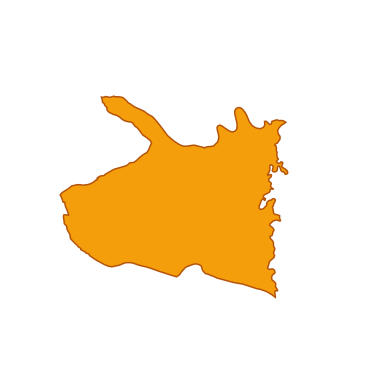 the district of Kenethao, Xaignabouri, Laos, rotated 305°
{"feature_id": "54806243B29120113935386", "entity_name": "Kenethao", "entity_type": "district", "adm_level": 2, "iso_a3": "LAO", "parent_name": "Laos", "parent_adm1": "Xaignabouri", "projection": "orthographic", "projection_center": [101.393, 17.858], "detail": "fine", "context": "isolated", "style": "filled", "palette": "amber", "viewbox_px": 384, "rotation_deg": 305, "n_neighbors": 0, "source": "geoboundaries", "source_scale": "gbopen_adm2", "svg_char_len": 6077}
<svg xmlns="http://www.w3.org/2000/svg" viewBox="0 0 384 384"><g transform="rotate(305 192 192)"><path d="M153.5,320.6L155.3,319.3L157.1,317.4L158.1,317.1L159.1,317.1L159.4,317.3L159.9,318.5L160.1,318.7L160.4,318.7L161.3,317.3L162.2,314.8L162.5,314.5L164.2,313.7L165.3,312.7L165.9,309.7L165.7,308.7L165.8,308.4L166.3,307.4L167.5,306.4L168.7,305.8L169.8,305.5L171.3,305.7L172.7,306.3L173.2,306.3L173.6,306.2L174.8,305.0L175.3,304.1L175.3,302.4L175.0,301.7L173.4,300.3L173.0,299.7L172.9,298.2L173.2,297.4L173.5,297.3L175.2,296.9L179.5,295.4L182.2,295.9L185.0,296.7L187.1,296.3L188.8,293.7L192.5,292.7L193.5,291.9L193.7,291.5L193.8,290.9L195.0,289.3L197.0,288.0L198.1,286.3L198.9,283.2L199.7,281.7L200.3,281.5L200.8,281.5L202.0,282.4L202.5,282.5L203.3,282.3L205.4,281.3L207.5,281.2L207.9,281.0L209.1,278.3L209.1,276.2L209.4,274.6L210.6,274.2L214.5,275.0L216.5,276.4L217.2,276.8L217.6,277.3L218.3,279.7L218.7,280.7L219.1,281.0L219.4,280.8L221.1,278.4L222.8,277.5L222.8,277.0L222.5,275.6L221.1,272.0L221.2,271.5L221.4,271.1L224.3,268.4L225.2,267.1L225.5,266.8L226.2,266.5L227.2,266.6L227.7,266.4L229.3,265.6L230.6,265.7L233.0,265.0L233.4,264.6L233.6,264.1L233.6,263.3L233.4,262.7L232.7,262.1L232.0,261.7L230.8,261.6L229.8,260.4L228.6,259.7L226.9,259.4L226.1,259.5L223.7,260.7L223.0,260.8L221.8,260.3L220.4,260.3L219.2,260.0L217.3,258.4L217.0,257.9L217.0,257.4L217.2,256.7L217.7,256.0L219.2,254.9L221.1,254.8L224.4,253.7L226.7,253.7L227.1,253.9L227.3,254.3L226.7,256.1L227.0,256.5L227.7,256.4L228.6,256.0L228.5,254.3L229.0,253.3L229.5,252.8L230.4,252.7L232.5,253.6L234.4,254.7L236.3,255.5L237.3,255.5L239.1,254.5L239.5,254.6L240.0,255.2L240.3,256.1L240.7,256.7L241.2,256.8L241.3,256.6L241.0,255.5L241.1,254.8L241.6,253.3L242.0,252.8L244.1,252.3L244.7,251.8L244.9,251.0L245.0,249.3L245.2,248.5L245.5,248.1L245.9,247.8L246.3,247.7L247.4,247.6L250.1,248.1L251.4,247.4L251.6,247.1L251.4,246.5L250.7,245.8L249.1,244.8L249.2,244.5L249.7,243.9L250.1,243.6L250.8,243.9L251.6,244.0L254.8,243.0L255.9,242.3L257.7,240.9L258.8,240.6L259.3,240.7L259.6,241.2L259.8,242.5L259.6,243.5L259.1,244.0L258.3,244.5L255.7,245.4L255.3,245.8L255.2,246.4L255.5,247.5L256.2,248.6L256.9,249.0L258.1,249.4L259.2,249.1L260.6,248.2L261.9,247.8L262.5,247.8L262.9,247.9L263.1,248.2L263.2,248.7L263.1,249.2L262.0,250.9L260.6,252.6L260.4,253.4L260.3,253.9L261.1,256.0L261.1,256.3L260.8,257.1L260.1,257.7L260.0,258.3L260.7,259.1L262.1,259.6L263.2,258.9L264.1,257.4L264.3,255.1L264.1,252.4L264.2,251.6L264.4,251.3L265.0,250.6L265.5,250.2L267.5,249.9L268.0,249.6L268.2,249.2L268.1,248.4L267.7,247.6L266.0,247.3L265.4,246.7L265.1,246.1L264.9,245.2L265.1,244.2L265.9,243.7L266.4,243.6L267.9,243.9L268.4,243.9L268.7,243.7L269.0,242.4L270.1,241.0L271.3,240.0L273.3,239.0L273.8,238.0L274.8,237.0L275.9,236.4L277.7,234.8L277.9,234.4L277.8,233.3L278.0,232.9L278.7,232.6L281.0,233.8L281.6,234.0L283.0,233.8L285.3,233.8L285.7,233.7L286.7,233.2L288.0,232.2L288.5,231.3L288.8,230.0L290.5,227.7L291.5,227.0L293.0,226.6L294.6,226.5L297.4,226.8L298.5,227.1L299.7,227.8L301.3,228.2L302.7,229.0L302.9,229.0L303.0,228.8L302.6,225.6L302.1,224.6L300.4,222.2L299.9,220.5L299.6,219.9L295.8,217.0L295.0,217.1L293.4,217.9L292.8,217.8L292.2,217.2L291.9,216.4L292.4,213.6L292.5,212.3L291.5,210.9L289.3,212.7L287.6,213.4L286.2,213.4L284.8,212.8L283.5,212.0L282.4,210.5L281.5,208.7L281.0,206.1L280.9,204.5L281.0,203.2L281.3,201.9L282.5,198.5L286.0,193.1L287.4,190.4L288.8,186.1L288.7,183.1L288.4,182.5L287.5,181.4L286.9,180.9L286.1,180.4L284.7,180.3L283.7,180.3L282.9,180.6L281.8,181.3L281.2,181.7L279.3,183.6L275.0,188.4L273.6,189.8L272.0,191.0L269.3,192.6L268.9,192.6L268.3,192.6L266.3,192.2L264.5,190.9L263.6,188.7L263.3,186.2L263.2,182.8L263.3,178.2L262.7,176.4L261.0,175.3L259.4,175.4L258.0,176.5L256.7,177.8L254.7,180.3L252.7,182.3L250.1,183.6L247.3,184.3L242.9,183.4L241.9,183.3L239.4,180.4L237.0,177.8L235.3,177.1L235.0,175.5L233.8,172.6L231.9,167.4L230.7,165.8L226.6,161.5L224.5,158.5L223.6,154.6L223.4,149.0L223.6,145.7L224.2,139.6L227.5,129.7L229.4,123.4L230.7,118.2L230.8,116.9L231.0,116.1L230.5,111.5L230.5,109.4L230.7,107.1L230.2,103.6L229.3,99.1L228.8,96.1L228.7,92.7L228.8,91.5L228.5,88.6L229.3,85.6L229.7,81.4L229.6,80.8L228.5,78.4L227.1,76.0L226.4,75.3L225.9,74.3L225.8,73.3L225.1,72.5L223.2,71.2L222.2,70.0L221.0,67.1L220.5,66.3L219.2,65.5L218.2,64.3L217.8,63.4L215.2,66.5L214.1,67.3L214.1,69.3L213.0,70.8L212.5,73.4L210.2,75.8L209.7,78.4L210.3,82.5L211.7,86.9L211.8,90.4L211.5,93.1L211.7,95.9L212.7,98.8L214.2,101.7L214.6,104.1L213.9,105.2L213.2,107.6L213.1,110.6L212.6,112.6L210.4,119.2L210.6,123.3L210.1,128.8L208.4,131.1L207.1,131.1L201.6,132.3L198.5,132.4L194.1,130.4L190.0,129.2L186.9,128.7L183.0,127.5L180.3,124.4L176.4,123.4L172.8,120.7L165.9,115.1L156.6,110.7L155.3,110.7L153.7,109.2L153.2,108.3L151.9,107.5L151.6,107.2L150.8,106.9L150.3,107.3L149.7,107.3L149.4,106.9L149.6,106.4L149.2,106.3L148.3,106.7L147.8,107.2L147.5,107.3L146.3,106.3L145.1,106.0L144.9,106.2L141.5,104.7L138.6,102.7L135.2,99.0L133.8,96.3L132.3,93.9L128.0,90.0L124.3,89.0L117.3,86.1L115.4,85.7L114.0,85.7L113.1,87.5L111.9,89.3L111.0,90.7L109.9,91.9L109.8,92.2L109.8,92.5L110.1,93.0L110.5,93.2L110.5,93.7L109.4,94.7L107.4,96.9L105.8,99.7L102.5,104.1L102.1,104.1L100.5,100.9L100.0,100.3L99.6,100.2L99.2,100.2L98.3,100.7L97.1,101.6L94.2,104.5L92.8,105.5L92.7,105.9L92.4,108.0L92.3,108.4L91.3,109.7L90.1,110.8L89.4,111.7L87.2,116.3L84.1,119.2L83.8,120.6L82.8,125.7L82.5,128.6L82.0,129.8L81.9,130.6L82.0,133.4L81.7,133.6L81.1,133.9L81.0,134.2L81.6,138.4L81.2,140.5L82.0,142.5L82.0,143.0L81.5,144.0L81.1,144.5L81.2,145.0L81.2,149.1L81.3,152.9L82.3,161.9L83.2,165.8L84.8,169.3L90.3,174.4L95.2,177.5L96.5,178.8L98.8,182.1L99.9,184.4L101.8,191.1L104.1,196.8L105.5,200.8L108.2,210.7L112.2,223.6L113.7,228.0L117.1,229.3L119.5,229.1L125.9,229.8L127.7,230.5L131.1,232.8L134.1,235.0L135.6,236.9L136.6,239.5L136.7,242.1L134.8,244.3L133.5,246.6L132.9,249.7L133.8,252.0L134.3,254.7L135.2,257.8L135.9,261.9L141.8,278.2L145.7,286.5L149.9,300.3L151.4,303.6L152.7,308.3L153.3,310.9L153.7,316.5L153.5,320.6Z" fill="#f59e0b" stroke="#b45309" stroke-width="1.5"/></g></svg>